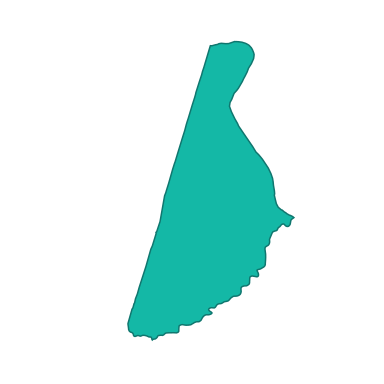 Morazán, El Progreso, Guatemala, rotated 327°
{"feature_id": "79465075B64841514160726", "entity_name": "Morazán", "entity_type": "district", "adm_level": 2, "iso_a3": "GTM", "parent_name": "Guatemala", "parent_adm1": "El Progreso", "projection": "natural_earth1", "projection_center": [-90.183, 14.99], "detail": "fine", "context": "isolated", "style": "filled", "palette": "teal", "viewbox_px": 384, "rotation_deg": 327, "n_neighbors": 0, "source": "geoboundaries", "source_scale": "gbopen_adm2", "svg_char_len": 4944}
<svg xmlns="http://www.w3.org/2000/svg" viewBox="0 0 384 384"><g transform="rotate(327 192 192)"><path d="M263.5,269.0L263.1,267.5L261.7,265.1L261.2,264.7L259.6,261.6L259.3,260.2L258.7,259.5L257.8,256.3L257.2,255.7L256.0,251.7L256.4,247.7L258.0,243.1L259.3,239.5L260.3,238.6L261.7,236.0L264.0,230.7L265.6,227.6L267.0,224.4L268.2,219.6L269.0,213.5L268.9,202.9L268.3,197.4L267.4,193.3L267.6,187.2L267.3,175.4L267.0,162.2L267.5,159.2L267.8,153.8L268.8,146.0L270.1,140.5L272.7,137.6L275.7,136.0L281.0,132.2L285.1,131.1L287.5,130.2L290.7,128.6L294.3,126.8L297.0,125.1L299.8,123.6L303.7,121.3L306.9,118.9L311.7,116.7L314.0,115.2L316.3,113.7L317.8,112.0L318.9,110.6L319.1,110.1L319.6,108.6L320.2,105.5L320.3,103.4L319.8,100.2L319.1,98.6L317.9,96.5L315.5,93.6L312.6,91.1L309.6,89.0L303.6,87.5L301.1,86.0L297.5,83.2L295.4,82.3L293.7,82.1L291.8,81.3L289.9,80.7L288.3,80.2L287.1,79.3L286.1,80.1L269.9,93.9L266.5,96.6L264.0,98.9L258.0,103.7L249.5,110.7L248.0,112.2L245.7,114.2L239.6,119.2L229.1,128.1L226.6,130.1L224.1,132.2L219.6,136.3L218.3,137.4L213.8,141.1L200.3,152.4L194.4,157.4L192.9,158.5L188.4,162.2L177.4,171.8L170.9,177.2L169.8,178.2L167.0,180.2L149.1,199.4L140.6,206.2L139.8,206.2L139.3,207.3L129.4,215.6L126.4,217.5L112.9,229.3L95.8,243.2L90.7,247.7L86.4,250.8L83.4,253.8L82.7,254.0L79.3,257.0L77.9,257.6L66.7,267.4L66.0,268.6L65.5,269.8L65.2,270.3L64.9,271.0L64.3,272.2L64.0,272.7L63.9,273.2L63.7,274.0L63.7,274.8L64.0,275.7L64.2,276.1L64.8,276.8L65.1,277.3L65.4,278.1L65.4,278.8L65.1,279.8L64.9,280.3L64.9,281.2L65.0,281.6L65.8,282.2L66.5,282.4L67.4,282.5L68.0,282.7L68.5,282.9L68.8,283.2L69.2,283.5L69.8,284.4L70.4,284.9L71.3,285.1L72.0,285.2L72.5,285.3L72.9,285.5L73.6,286.0L74.0,286.3L74.5,286.8L75.0,287.3L75.3,287.6L75.7,288.1L76.4,289.2L76.8,289.9L77.3,290.4L77.8,290.7L78.3,291.1L78.6,291.6L78.6,292.4L78.4,293.1L78.1,293.9L78.1,294.5L78.6,294.4L79.3,294.4L80.1,294.7L81.1,295.2L81.9,295.2L82.4,295.2L83.6,294.9L84.3,294.5L84.7,294.2L85.4,294.1L86.0,294.2L86.5,294.5L87.1,294.8L88.0,295.2L88.5,295.6L88.9,296.0L89.3,296.2L90.4,296.4L91.3,296.2L92.1,296.1L92.6,296.0L93.0,296.1L93.6,296.2L94.0,296.4L95.6,297.3L100.1,300.1L102.3,301.7L103.1,301.9L103.6,302.0L104.1,302.0L104.8,301.8L105.2,301.4L105.6,300.8L106.7,299.2L107.4,298.3L107.9,297.7L108.2,297.3L108.7,297.2L109.2,297.2L109.9,297.3L110.4,297.4L111.4,297.8L111.9,298.1L113.1,299.3L114.4,300.4L116.2,301.5L117.8,302.3L118.3,302.5L118.8,302.7L119.9,302.7L121.3,302.8L122.5,302.8L123.5,302.9L124.3,303.1L124.8,303.2L125.5,303.5L126.2,304.0L127.2,304.6L127.6,304.6L129.0,304.6L129.6,304.5L130.1,304.3L130.6,304.0L131.6,303.4L132.8,302.9L133.5,302.6L134.2,302.5L134.9,302.4L135.8,302.4L136.8,302.6L137.4,302.9L138.2,303.5L139.0,304.0L139.8,304.3L140.4,304.5L141.2,304.6L141.8,304.7L142.4,304.6L142.9,304.3L142.8,303.5L142.6,302.8L142.2,302.0L141.9,301.3L141.8,300.6L141.8,299.8L142.5,299.2L143.0,299.1L143.5,299.1L144.1,299.2L144.9,299.4L145.4,299.7L145.9,300.1L147.5,301.3L147.9,301.4L148.9,301.3L149.6,301.0L150.3,300.7L151.1,300.3L151.6,300.2L152.3,300.2L152.9,300.2L153.4,300.3L154.0,300.6L154.7,300.9L155.3,301.3L156.0,301.5L156.9,301.6L157.6,301.6L158.7,301.6L159.6,301.7L160.4,302.1L161.1,302.4L162.0,302.7L162.6,302.9L163.1,303.0L163.7,302.9L164.8,302.7L165.6,302.4L166.8,302.1L167.4,302.0L168.8,302.0L169.5,302.0L170.1,302.1L170.6,302.3L171.3,302.8L172.6,303.5L173.8,304.0L175.5,304.2L176.5,304.1L177.4,303.7L177.8,303.4L178.5,302.8L178.9,302.4L180.3,299.9L180.8,299.3L181.2,299.0L181.6,298.8L182.2,298.7L182.7,298.7L183.6,298.9L184.5,299.1L184.9,299.4L185.5,299.7L186.3,300.2L186.9,300.4L187.5,300.5L188.4,300.5L189.6,300.4L190.1,300.1L190.5,299.8L190.9,299.4L191.2,298.9L192.3,297.4L193.2,296.1L193.9,295.2L194.2,295.0L194.8,294.8L195.4,294.9L196.0,294.9L196.4,295.1L196.8,295.3L197.2,295.6L197.8,296.2L198.8,297.1L199.9,298.2L200.5,298.6L201.0,298.7L201.4,298.7L202.0,298.4L202.6,297.8L203.1,296.9L203.4,295.9L203.6,294.1L203.9,293.0L204.6,292.9L205.1,293.0L205.6,293.2L206.3,293.4L207.0,293.7L208.6,293.9L210.1,293.9L211.3,294.0L212.1,293.8L212.6,293.7L213.2,293.4L213.6,293.0L214.0,292.7L214.3,292.2L216.5,289.3L218.2,286.9L219.9,284.2L222.0,279.8L222.3,279.3L222.8,278.8L223.1,278.4L223.5,278.2L224.1,278.1L224.6,278.1L225.7,278.1L226.5,278.2L227.2,278.1L227.9,277.9L228.8,277.3L229.5,276.7L230.0,276.0L230.5,275.3L230.7,274.7L231.0,274.3L231.4,273.8L232.5,273.0L237.2,269.8L237.8,269.6L238.4,269.5L238.9,269.6L239.4,269.7L240.2,269.8L240.8,270.1L241.5,270.3L242.1,270.4L242.6,270.3L243.2,270.0L243.6,269.7L244.0,269.4L244.6,269.1L245.1,269.0L245.7,268.9L246.6,268.9L247.1,268.8L247.5,268.7L248.0,268.5L248.5,268.3L249.1,268.2L249.7,268.1L250.3,268.2L251.1,268.5L251.5,268.9L251.7,269.3L251.8,270.0L252.0,270.8L252.1,271.4L252.5,272.1L252.9,272.6L253.5,273.0L253.9,273.2L254.4,273.3L255.0,273.2L256.1,272.9L256.6,272.6L257.1,272.2L258.3,270.9L259.4,269.7L260.0,269.4L260.5,269.2L262.0,269.1L263.5,269.0Z" fill="#14b8a6" stroke="#0f766e" stroke-width="1.5"/></g></svg>